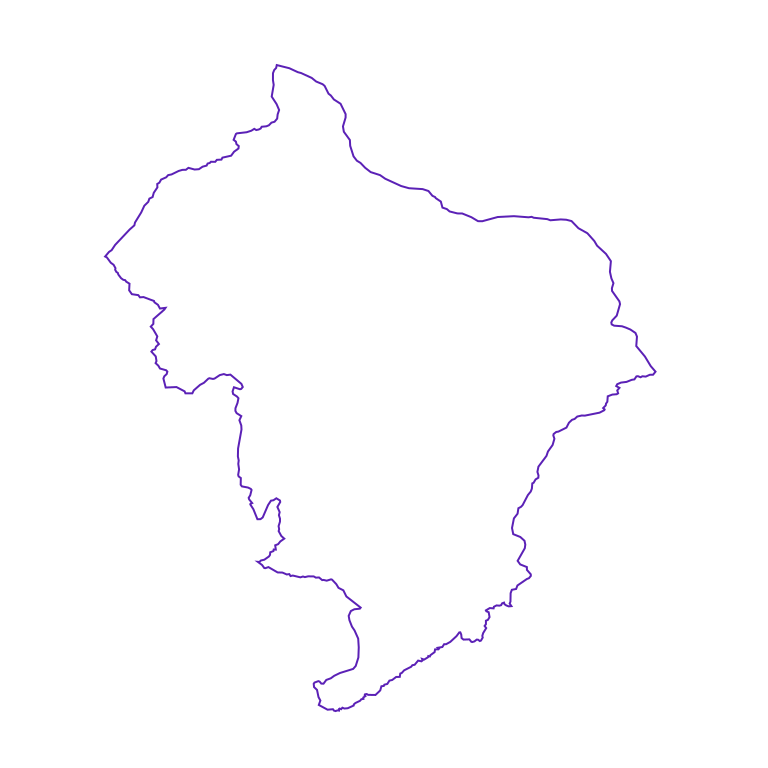 San Carlos, Antioquia, Colombia (Natural Earth projection), rotated 267°
{"feature_id": "7082276B57278693475313", "entity_name": "San Carlos", "entity_type": "district", "adm_level": 2, "iso_a3": "COL", "parent_name": "Colombia", "parent_adm1": "Antioquia", "projection": "natural_earth1", "projection_center": [-74.94, 6.191], "detail": "fine", "context": "isolated", "style": "outline", "palette": "violet", "viewbox_px": 768, "rotation_deg": 267, "n_neighbors": 0, "source": "geoboundaries", "source_scale": "gbopen_adm2", "svg_char_len": 6113}
<svg xmlns="http://www.w3.org/2000/svg" viewBox="0 0 768 768"><g transform="rotate(267 384 384)"><path d="M66.9,302.1L61.7,310.6L61.9,316.0L60.5,316.9L59.9,318.5L60.5,320.5L60.2,322.0L61.8,322.1L62.2,322.8L61.5,324.2L62.9,325.5L62.0,327.4L62.1,330.8L64.5,336.9L65.6,337.1L66.9,338.7L68.9,343.5L70.4,344.9L70.6,347.0L72.0,346.9L73.3,349.1L74.3,348.4L75.1,348.8L75.3,350.5L74.4,351.9L73.9,359.2L78.2,364.2L82.3,365.6L82.5,368.0L83.7,368.6L84.3,371.6L87.5,373.9L88.0,376.7L90.8,380.8L90.7,384.4L94.0,385.1L94.5,386.6L97.0,389.1L100.2,396.3L101.7,397.6L102.0,399.9L106.0,403.6L105.1,406.9L106.0,408.1L107.5,407.6L106.7,409.7L108.8,413.6L110.0,414.0L109.5,415.5L110.9,416.3L113.6,420.5L116.3,421.1L116.2,424.5L116.9,425.1L117.8,424.1L118.3,428.5L121.0,430.4L120.9,432.4L123.0,436.7L128.4,443.2L132.0,446.2L132.0,447.2L129.8,448.0L126.2,448.2L124.6,450.0L124.5,455.9L122.0,457.7L121.7,458.6L122.2,460.8L123.9,463.2L123.7,464.6L122.3,466.2L122.7,467.4L125.6,469.3L127.3,469.0L130.1,470.0L134.9,473.3L137.1,471.8L138.8,473.2L142.3,473.4L143.0,475.4L145.7,477.2L150.6,476.6L151.7,474.3L152.6,473.9L154.7,477.9L154.2,481.7L155.8,482.1L157.0,484.8L156.6,487.6L157.0,489.4L158.8,490.5L159.4,492.4L157.8,492.8L156.5,494.5L155.4,496.9L155.5,499.6L158.2,498.0L160.1,498.9L168.5,499.5L171.8,500.9L172.4,505.2L175.8,506.7L181.8,516.5L182.5,518.6L184.7,520.6L186.3,520.6L190.9,517.0L193.7,517.1L196.7,510.6L200.4,508.2L212.6,516.0L216.2,516.7L220.1,516.1L224.1,512.1L227.3,505.2L233.5,504.3L243.0,506.7L247.5,510.6L252.9,511.7L254.1,514.3L255.8,516.1L265.6,521.9L268.9,524.9L271.8,526.2L277.0,526.9L277.5,528.2L280.8,530.4L282.3,533.2L284.6,533.5L288.2,532.6L293.4,533.9L303.7,542.5L308.0,544.2L314.3,549.2L320.4,551.3L323.8,550.4L325.2,550.8L327.1,553.5L327.3,555.6L330.9,563.9L335.7,566.7L338.4,569.9L339.1,572.5L341.4,575.3L342.2,579.9L341.9,582.9L344.1,597.8L346.3,602.6L347.1,603.0L348.5,601.6L351.0,604.3L352.8,604.7L354.6,606.1L360.0,606.8L361.5,611.5L361.6,615.8L362.4,617.3L365.4,616.6L367.8,618.9L369.8,615.8L371.6,616.9L373.0,620.7L373.4,626.3L375.2,631.6L375.5,634.3L378.4,636.5L378.5,638.0L377.3,640.6L378.2,642.4L377.7,645.8L379.3,649.9L379.2,653.2L382.1,655.8L387.9,651.3L397.8,646.0L408.7,637.9L418.1,639.1L421.8,637.8L425.5,632.9L427.7,628.4L429.2,624.7L430.2,616.9L431.6,614.5L433.5,614.2L435.6,615.3L440.1,620.0L451.4,623.9L454.2,623.4L465.0,616.6L467.7,616.6L472.7,618.4L477.6,616.6L484.2,615.5L494.8,617.0L502.3,612.5L511.0,604.0L515.8,601.5L523.9,595.0L529.4,586.3L536.9,579.8L538.5,574.6L539.1,569.1L538.8,558.7L540.1,555.7L542.2,542.2L543.2,540.2L542.9,537.1L544.8,522.5L544.8,506.3L541.4,490.6L541.7,486.4L546.0,480.0L550.2,471.0L550.5,466.2L552.9,458.5L555.4,455.9L557.1,451.6L563.2,450.3L566.9,445.4L568.0,444.8L569.4,442.2L574.4,438.5L576.6,432.8L578.2,419.2L580.8,411.5L588.9,396.0L592.8,391.0L596.3,381.8L600.9,376.5L606.0,372.1L608.4,368.6L612.9,365.5L623.6,362.7L629.4,362.7L638.0,357.1L643.4,356.5L652.1,359.6L655.5,359.8L666.1,355.3L670.8,348.8L674.9,346.0L676.8,343.8L684.8,340.3L686.6,338.4L689.6,332.1L693.4,327.9L698.9,317.4L699.9,314.3L704.3,306.0L708.1,293.6L705.2,292.8L703.3,290.8L700.2,289.4L693.4,289.0L688.5,289.5L676.9,286.9L669.1,291.4L663.1,293.6L658.8,291.9L654.6,291.2L651.6,288.4L650.9,285.3L648.4,282.6L647.5,280.0L647.3,275.3L645.6,274.2L644.7,272.2L644.3,269.7L645.6,267.8L643.9,264.8L642.6,260.0L642.0,250.2L641.4,249.2L635.7,246.6L633.8,248.8L631.3,249.2L629.2,251.4L626.8,251.0L623.8,246.4L620.0,243.3L618.5,234.5L616.6,233.4L616.6,228.8L614.7,227.1L615.0,222.8L613.8,221.5L613.4,219.4L611.4,218.3L610.5,214.2L608.2,210.4L608.1,206.1L610.1,200.0L608.3,197.4L608.4,193.9L607.5,190.1L604.4,182.8L603.9,179.4L601.8,177.3L599.8,172.1L596.8,170.2L595.6,168.0L592.2,168.0L587.0,164.1L582.8,162.7L581.4,159.4L578.2,158.1L574.6,154.0L568.0,150.5L558.3,143.8L555.5,143.0L551.6,138.1L537.0,122.8L531.9,119.0L530.3,116.3L525.9,112.2L524.9,113.9L519.4,117.5L517.2,120.2L513.7,121.9L512.2,121.5L509.9,122.6L508.9,124.0L507.2,124.4L503.4,127.0L501.7,129.1L501.2,131.0L499.7,131.9L497.5,135.1L490.9,134.4L486.9,136.9L485.6,143.3L483.3,144.8L483.4,148.4L478.9,158.7L477.6,159.0L474.9,162.4L471.1,164.2L471.5,169.8L469.8,168.5L460.9,157.2L456.1,156.8L453.5,154.1L450.8,156.3L443.4,160.1L439.5,158.7L435.7,161.3L433.2,158.3L430.6,157.2L430.0,154.7L428.5,153.4L423.5,157.5L418.8,158.0L416.8,157.0L414.1,159.6L411.2,161.1L409.1,167.2L407.7,168.3L405.3,167.5L403.2,165.0L401.0,164.0L391.9,165.8L391.8,176.6L387.1,184.5L385.1,185.2L384.7,192.1L387.6,193.7L392.8,200.3L394.6,204.2L398.5,208.8L398.9,209.9L398.0,213.5L398.3,215.1L401.5,220.5L402.3,224.6L401.1,227.5L401.4,231.1L391.6,241.6L388.4,242.8L386.6,241.2L386.3,239.9L388.6,234.0L384.5,232.4L381.9,232.8L379.2,236.5L377.4,237.9L372.7,236.7L367.6,234.4L364.9,234.2L362.6,235.3L359.4,239.8L355.4,237.7L350.0,239.3L346.0,239.3L327.2,234.9L319.3,234.3L315.2,234.9L311.9,234.3L306.3,234.8L300.9,233.6L299.3,234.0L297.6,236.1L290.9,235.6L289.2,236.7L287.7,242.8L286.2,245.5L285.1,246.2L279.9,244.6L277.4,242.9L275.8,243.3L272.0,246.1L271.4,244.4L270.7,244.2L265.8,247.0L255.6,250.5L255.5,253.6L257.1,255.9L269.2,261.9L273.4,265.0L273.7,267.5L275.5,270.5L273.1,274.0L271.6,274.2L266.8,271.1L261.5,273.1L258.5,272.2L254.9,273.1L251.9,272.9L247.6,271.3L244.5,271.7L242.6,271.1L237.6,273.5L234.8,276.3L232.2,272.2L229.6,269.9L228.6,266.9L224.3,267.3L224.5,265.2L222.9,264.8L221.9,261.6L219.3,261.2L217.8,260.1L214.8,255.3L214.2,251.9L212.8,250.2L213.0,248.7L209.6,252.8L206.5,254.8L206.3,255.9L207.2,259.0L201.4,267.9L201.0,272.7L198.9,276.9L199.1,279.5L197.1,280.6L197.5,282.9L195.3,290.4L196.0,293.0L195.3,294.9L195.9,298.2L195.5,303.8L194.2,305.8L194.2,309.0L191.4,312.0L191.5,313.4L190.6,316.5L191.7,320.9L191.3,321.9L186.6,325.9L182.8,327.9L180.1,332.6L173.8,335.3L161.9,349.0L160.9,348.1L160.6,342.6L159.0,339.0L154.3,336.6L150.0,337.1L143.4,339.3L139.4,341.7L131.1,344.9L122.3,345.0L112.2,344.1L103.9,341.0L101.1,338.3L97.7,324.9L95.2,319.0L92.9,315.5L91.5,310.9L87.9,307.9L88.1,305.7L90.2,304.1L90.7,302.9L89.5,299.0L88.3,298.1L85.0,298.3L82.0,301.1L74.8,302.2L71.2,303.9L66.9,302.1Z" fill="none" stroke="#5b21b6" stroke-width="2"/></g></svg>